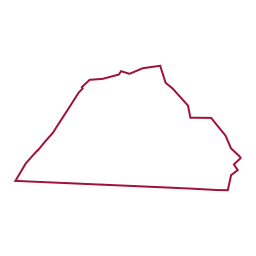 Catawba, North Carolina, United States of America (Robinson projection)
{"feature_id": "52423323B42498482903221", "entity_name": "Catawba", "entity_type": "district", "adm_level": 2, "iso_a3": "USA", "parent_name": "United States of America", "parent_adm1": "North Carolina", "projection": "robinson", "projection_center": [-81.208, 35.687], "detail": "fine", "context": "isolated", "style": "outline", "palette": "rose", "viewbox_px": 256, "rotation_deg": 0, "n_neighbors": 0, "source": "geoboundaries", "source_scale": "gbopen_adm2", "svg_char_len": 533}
<svg xmlns="http://www.w3.org/2000/svg" viewBox="0 0 256 256"><path d="M15.4,180.9L15.5,180.9L189.0,188.5L216.5,190.0L221.3,190.1L227.8,190.2L231.1,175.1L237.7,170.1L233.9,164.4L240.6,158.1L239.8,156.6L231.0,148.4L225.5,135.6L211.1,117.9L190.4,117.7L188.0,105.6L172.6,88.5L165.6,82.8L160.2,65.8L142.8,68.2L129.5,73.8L121.1,71.2L118.9,74.5L102.5,78.9L89.7,79.8L81.8,87.1L82.6,88.6L78.8,92.4L69.3,107.3L55.6,128.5L53.3,132.3L44.8,141.9L37.7,150.6L37.3,150.5L25.9,163.2L15.4,180.9Z" fill="none" stroke="#9f1239" stroke-width="2"/></svg>